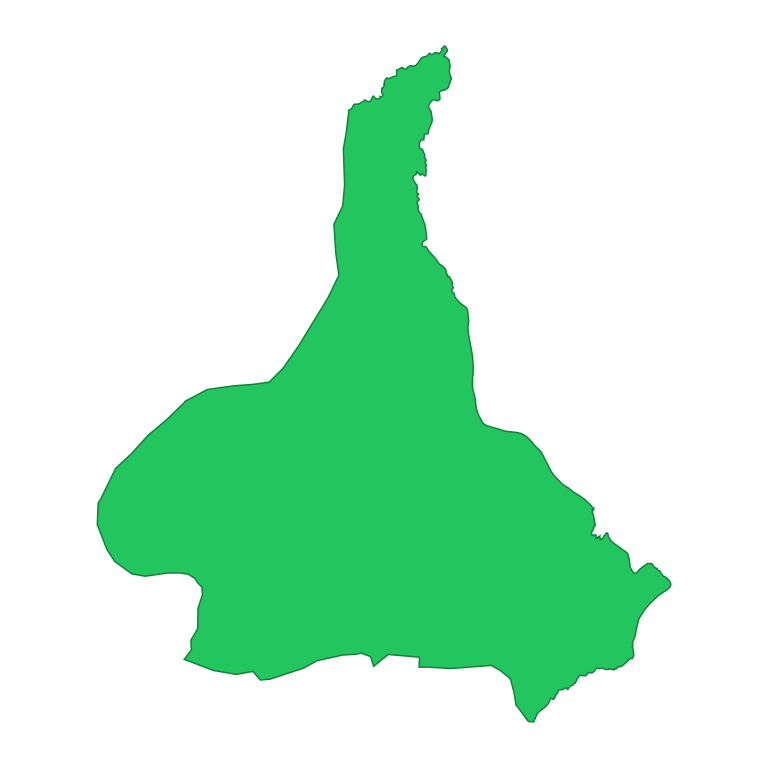 Barito Utara, Kalimantan Tengah, Indonesia (Natural Earth projection)
{"feature_id": "22746128B89680104320053", "entity_name": "Barito Utara", "entity_type": "district", "adm_level": 2, "iso_a3": "IDN", "parent_name": "Indonesia", "parent_adm1": "Kalimantan Tengah", "projection": "natural_earth1", "projection_center": [115.596, -0.74], "detail": "fine", "context": "isolated", "style": "filled", "palette": "green", "viewbox_px": 768, "rotation_deg": 0, "n_neighbors": 0, "source": "geoboundaries", "source_scale": "gbopen_adm2", "svg_char_len": 6029}
<svg xmlns="http://www.w3.org/2000/svg" viewBox="0 0 768 768"><path d="M533.7,721.9L537.3,713.5L540.9,710.1L543.5,708.4L546.3,705.8L548.8,702.8L550.3,699.1L550.9,698.1L552.6,699.2L553.4,699.3L553.6,698.9L554.1,698.8L554.1,698.0L555.2,697.2L555.2,695.3L556.0,695.0L556.6,694.0L557.6,693.0L558.0,692.2L558.0,691.0L558.9,690.0L563.1,689.4L564.7,688.5L564.8,688.2L565.9,687.9L566.7,688.2L567.4,689.3L567.9,689.5L568.2,688.2L569.0,687.8L570.4,686.1L573.2,684.8L574.1,683.5L575.2,683.1L576.8,679.9L576.9,679.2L578.6,677.1L579.3,675.5L585.8,675.8L586.9,674.6L587.1,673.9L588.3,672.9L590.1,672.5L591.3,672.9L592.6,672.6L595.3,670.3L596.6,668.0L598.3,668.1L598.7,668.6L602.4,668.1L606.0,669.6L608.3,669.3L608.7,668.9L609.3,669.3L610.0,669.0L613.5,669.4L613.8,670.0L614.3,669.7L614.9,668.7L615.4,668.6L615.9,669.0L616.7,668.7L617.9,666.6L618.8,666.5L619.7,667.0L623.0,665.3L627.3,661.4L629.1,659.3L630.6,658.5L632.3,658.5L633.3,656.7L633.8,654.9L633.2,650.4L632.9,649.7L633.0,648.3L632.4,647.5L632.8,645.9L632.9,644.7L632.5,643.2L632.8,641.8L635.4,635.2L635.8,631.9L636.9,626.9L638.7,619.6L639.6,617.5L644.5,609.9L649.9,603.6L658.9,595.1L666.6,590.1L669.3,587.8L670.5,585.9L670.7,584.9L670.6,583.2L669.0,580.3L667.6,578.8L665.4,577.0L664.1,576.6L663.1,576.0L662.6,575.0L661.4,573.7L659.8,570.9L658.8,570.8L658.3,570.6L657.4,569.5L657.3,568.8L654.0,566.9L652.0,563.8L651.2,563.3L650.2,563.7L648.0,563.4L646.8,563.9L640.9,568.3L639.7,569.3L637.3,572.2L636.2,572.9L634.2,573.1L633.4,572.6L632.1,570.9L630.3,567.1L629.0,558.4L627.8,553.9L627.0,552.8L612.7,542.5L610.7,540.5L608.4,536.6L607.9,533.9L607.5,533.2L606.8,532.8L606.3,533.0L605.7,533.7L605.7,534.4L603.9,536.0L603.6,537.4L601.6,539.3L601.3,539.1L600.8,539.8L600.4,539.8L600.2,539.5L600.0,537.7L599.7,537.7L599.8,536.4L599.3,537.1L598.9,536.5L598.5,536.6L598.1,537.6L597.6,537.4L596.5,538.8L595.9,538.0L596.2,535.8L595.8,534.8L592.0,535.3L591.6,533.0L592.0,530.9L592.6,530.6L593.2,529.7L593.6,528.7L593.7,527.0L594.6,526.4L594.6,525.8L595.3,525.3L593.3,514.9L592.7,513.8L592.7,512.7L592.3,512.4L592.5,511.2L592.2,510.5L592.9,509.7L593.2,510.0L593.8,509.8L593.8,509.5L593.2,509.4L593.6,508.4L593.1,508.7L593.0,508.2L590.8,505.2L584.5,499.3L581.5,497.1L573.6,492.1L568.2,487.8L565.3,486.2L563.6,485.0L561.5,483.2L554.7,476.3L551.4,471.8L541.4,452.4L540.4,451.0L534.9,445.8L529.6,439.4L525.5,435.8L522.7,434.2L520.2,433.2L516.2,432.4L506.0,431.3L487.4,425.9L485.2,424.8L483.2,423.4L482.4,422.4L478.3,414.5L476.6,409.4L475.8,405.2L475.3,399.2L472.7,388.6L472.5,383.1L472.6,377.1L473.1,373.6L473.2,364.8L472.4,355.3L468.3,332.9L467.9,327.4L468.5,322.9L468.7,319.8L468.1,315.7L467.9,312.5L467.2,309.3L466.3,307.7L459.5,302.5L456.9,299.6L454.9,297.0L454.1,293.2L452.0,291.8L451.9,289.6L453.3,287.9L452.5,285.9L452.4,285.1L452.7,283.6L451.7,280.9L449.5,276.9L449.2,276.7L448.0,276.8L447.2,276.3L447.8,275.1L446.3,273.1L445.9,271.7L446.2,270.7L444.7,268.2L442.2,265.8L439.0,263.8L436.0,259.1L429.4,251.8L428.2,250.2L426.8,247.8L425.7,246.6L424.0,246.7L422.9,246.5L422.2,244.3L422.9,241.6L424.8,240.5L426.8,238.9L425.5,227.4L424.7,224.4L421.2,214.4L420.7,213.4L419.6,212.8L418.9,211.6L418.4,210.4L418.4,209.3L417.8,208.4L418.3,207.0L418.3,206.3L417.9,204.9L417.2,203.5L417.1,202.0L417.9,200.9L419.1,200.1L419.3,199.4L418.9,198.5L417.1,197.0L417.0,196.4L417.7,195.1L418.6,194.6L418.7,194.2L418.4,193.7L417.0,193.1L416.8,192.4L416.8,190.2L417.3,188.7L417.0,187.4L417.2,185.3L415.2,183.2L414.5,181.4L413.5,180.3L412.8,177.4L413.7,175.8L415.9,174.5L416.5,173.5L416.6,171.9L416.9,171.7L417.3,171.7L419.0,174.0L420.6,175.3L422.2,173.6L424.7,175.8L425.4,175.9L426.0,174.6L425.9,171.5L426.3,171.0L426.4,170.2L425.7,167.8L426.3,166.1L425.9,165.1L426.1,164.0L425.0,162.3L426.1,160.6L426.1,160.0L424.7,157.7L424.5,157.1L424.8,155.6L424.4,153.9L423.6,152.8L422.7,149.8L421.8,149.0L419.6,148.4L419.3,143.7L419.7,142.1L421.6,140.0L422.3,139.6L423.8,139.9L424.2,136.0L424.6,134.2L424.9,133.9L426.3,134.0L428.1,133.7L429.0,129.1L432.1,121.5L432.3,119.5L431.1,111.5L428.6,106.9L428.7,105.5L431.2,101.3L432.9,99.7L433.9,99.7L437.3,100.7L438.5,100.6L440.0,98.8L439.4,92.4L439.8,91.7L442.4,90.2L444.4,90.4L445.6,89.3L447.5,88.5L448.6,87.0L449.0,84.8L449.4,83.6L450.2,82.7L450.4,81.0L451.3,79.1L451.2,77.6L450.3,75.8L449.2,71.2L450.1,66.7L449.0,59.6L447.5,58.6L446.2,57.0L443.9,56.7L444.1,55.7L444.8,54.8L445.6,52.9L447.2,51.3L447.3,49.5L445.6,46.6L444.9,46.1L444.0,46.1L443.3,47.5L441.5,48.5L441.8,50.6L439.3,53.7L436.4,52.6L436.0,52.6L435.5,53.0L434.5,52.7L433.4,54.0L431.5,54.5L430.8,54.3L430.3,53.5L429.5,53.3L426.7,56.2L422.7,57.2L421.5,58.0L420.4,59.2L417.8,63.3L415.9,65.3L414.2,66.0L412.0,66.1L411.2,65.7L409.9,65.8L407.4,67.3L406.8,68.8L405.7,69.1L403.4,68.7L402.9,67.6L402.1,67.3L399.1,69.1L396.6,70.1L396.8,73.6L396.5,75.8L392.5,76.9L389.6,78.4L388.7,78.6L386.7,78.0L385.5,79.2L384.3,81.7L384.6,84.1L383.8,84.2L384.1,85.3L383.9,86.5L383.3,87.5L382.0,88.1L381.7,88.4L381.9,90.2L381.5,91.5L381.5,92.1L382.8,94.7L382.9,95.6L381.4,97.0L380.2,96.4L379.9,98.1L378.0,98.8L376.0,98.9L373.5,96.1L373.0,96.2L370.2,101.4L369.1,101.6L367.1,101.2L365.2,100.1L364.5,100.0L363.6,101.2L358.9,103.9L356.1,104.2L354.8,104.1L353.6,104.9L351.9,108.2L351.2,109.0L348.9,110.1L346.6,129.9L343.4,149.1L344.6,185.2L342.7,205.9L333.9,224.3L335.8,253.1L338.9,275.2L328.2,297.4L299.0,345.3L283.2,368.1L269.2,382.1L252.8,384.4L233.8,385.8L207.2,389.5L185.3,401.2L185.5,401.4L166.3,420.0L148.3,435.1L131.3,453.8L115.7,468.3L100.8,498.8L98.1,503.0L97.3,524.8L106.9,549.4L114.7,561.4L131.8,573.9L145.3,576.2L167.6,573.0L180.7,573.0L188.7,574.4L195.1,578.6L197.6,582.8L201.9,587.1L202.4,594.8L198.0,608.5L197.7,628.7L190.9,640.1L191.4,649.8L184.2,659.4L213.5,670.5L236.3,674.4L252.9,671.4L260.3,680.0L270.2,679.1L303.2,668.3L317.1,660.7L342.9,655.0L356.5,654.2L361.2,653.1L370.5,656.6L373.7,666.3L388.2,654.5L418.7,657.1L419.5,658.3L419.0,667.1L426.8,667.1L451.2,668.5L491.3,665.4L500.2,670.5L509.3,677.8L510.8,680.0L514.0,692.7L516.1,705.4L517.5,706.8L528.4,721.5L533.7,721.9Z" fill="#22c55e" stroke="#15803d" stroke-width="1.5"/></svg>